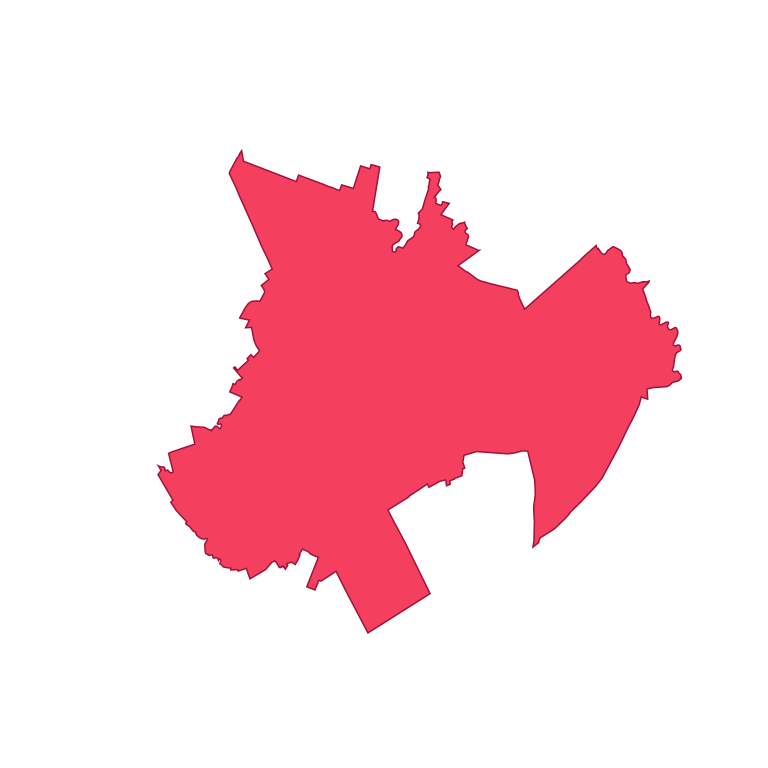 outline of Timisoara, Timis, Romania, rotated 123°
{"feature_id": "2599482B15929975886396", "entity_name": "Timisoara", "entity_type": "district", "adm_level": 2, "iso_a3": "ROU", "parent_name": "Romania", "parent_adm1": "Timis", "projection": "natural_earth1", "projection_center": [21.198, 45.759], "detail": "fine", "context": "isolated", "style": "filled", "palette": "rose", "viewbox_px": 768, "rotation_deg": 123, "n_neighbors": 0, "source": "geoboundaries", "source_scale": "gbopen_adm2", "svg_char_len": 6147}
<svg xmlns="http://www.w3.org/2000/svg" viewBox="0 0 768 768"><g transform="rotate(123 384 384)"><path d="M300.5,614.2L305.4,607.1L323.3,579.4L335.3,561.4L342.4,549.7L348.5,540.4L356.3,543.9L358.9,537.5L368.2,540.6L369.9,536.4L371.0,535.0L372.8,533.8L373.2,533.9L382.2,533.1L383.5,535.8L386.4,539.6L388.3,540.8L390.5,541.6L395.2,541.9L406.7,541.1L407.3,540.8L403.7,531.7L412.2,530.7L408.7,525.9L417.3,517.7L418.7,516.0L421.2,512.5L424.0,506.4L432.8,507.9L431.8,511.6L437.3,512.6L437.8,510.6L452.2,514.2L450.9,518.4L452.5,518.9L455.0,510.5L455.9,507.8L456.0,506.7L455.8,506.7L456.1,505.9L458.6,506.9L459.2,506.8L459.0,507.8L461.4,508.8L465.7,508.7L465.8,510.8L469.6,509.8L474.7,509.1L472.3,496.1L476.7,496.0L476.7,496.4L477.3,496.4L493.3,496.4L494.1,497.6L496.2,499.0L496.8,500.4L497.4,501.0L500.3,501.1L501.0,501.5L501.8,502.7L503.5,503.3L505.4,502.6L507.9,502.3L508.3,501.9L508.2,501.4L506.5,499.2L506.5,498.3L509.0,497.1L510.3,497.0L511.0,497.3L510.4,500.9L510.6,501.5L511.7,502.9L512.1,502.7L514.9,503.2L517.3,503.2L516.8,504.1L517.6,505.6L518.2,511.3L522.3,518.3L524.4,522.9L537.5,509.9L555.6,524.3L559.5,526.9L572.5,512.9L573.9,513.4L574.9,515.5L573.9,518.6L575.9,519.9L575.7,520.5L574.2,521.8L573.5,522.7L573.8,523.8L575.4,527.1L575.6,528.7L577.9,523.9L583.1,524.1L596.4,497.8L599.3,498.4L603.1,489.6L605.0,482.9L606.9,474.3L608.6,474.5L609.2,474.0L609.5,472.4L609.4,469.5L611.2,464.3L611.2,462.8L610.8,461.4L612.7,459.2L613.3,455.9L613.3,453.9L612.9,452.1L612.0,450.4L610.3,448.7L610.1,447.8L611.2,447.3L615.7,447.2L621.6,443.0L623.2,441.4L623.1,437.3L621.2,435.6L620.9,434.8L622.9,432.5L622.7,431.6L621.1,430.5L620.8,429.6L621.1,428.1L622.1,426.7L620.5,426.9L620.2,426.0L620.4,425.3L621.1,424.7L624.2,423.7L624.2,421.6L624.9,419.2L624.0,416.6L621.8,412.1L623.4,411.3L619.6,405.8L620.3,404.4L613.6,399.1L620.4,390.3L604.0,382.2L594.1,380.9L593.1,379.9L592.0,379.7L592.1,377.8L591.9,377.6L594.9,371.9L594.1,370.5L592.9,370.5L592.9,370.2L592.3,370.2L592.3,368.9L591.5,368.9L593.1,365.9L588.6,365.9L587.9,367.7L587.4,367.6L584.0,364.6L583.6,362.4L583.8,360.2L579.3,360.3L576.0,360.8L572.9,361.5L572.9,362.4L566.8,362.4L566.6,360.0L566.0,357.4L565.9,356.1L566.6,353.0L566.0,348.8L565.0,344.7L596.1,338.3L594.3,329.7L584.1,331.7L583.7,329.5L567.2,322.2L577.6,304.5L601.5,261.9L534.7,231.2L506.4,278.4L496.6,296.0L495.2,298.8L487.5,312.1L465.3,301.7L464.7,302.0L444.1,293.1L446.1,290.0L435.1,284.1L431.1,280.3L431.2,279.5L435.3,276.2L432.1,273.9L429.4,276.1L425.3,273.1L424.9,273.5L418.6,268.7L412.4,271.7L410.5,270.5L406.6,275.4L400.2,278.0L390.2,269.5L375.7,243.1L373.0,239.5L370.0,236.2L365.1,232.0L362.7,228.2L362.2,226.7L362.4,226.5L382.2,205.6L387.1,201.9L394.3,196.9L403.6,192.5L406.5,190.9L415.5,184.5L415.6,184.2L416.7,183.4L433.9,172.8L439.6,170.3L433.3,168.1L432.6,168.0L431.6,168.6L428.0,169.3L412.8,162.2L398.9,158.9L392.1,157.9L390.3,157.9L374.7,154.5L354.7,150.8L345.7,150.0L343.4,149.9L308.4,152.9L286.4,155.7L277.2,156.5L262.9,158.6L254.8,161.1L253.1,154.6L245.0,160.7L239.4,155.3L239.4,154.8L231.9,145.1L229.3,143.7L225.3,142.9L221.8,139.3L219.8,138.3L218.2,138.1L217.5,137.5L214.6,140.1L214.3,142.5L213.4,144.1L213.4,144.8L213.8,145.4L216.1,147.7L215.7,149.1L215.1,149.8L211.4,150.8L203.0,154.7L199.7,155.6L198.2,155.5L194.5,153.7L193.4,153.7L190.8,156.5L190.6,157.4L191.3,158.8L192.9,160.1L194.0,161.7L193.6,162.7L191.7,163.5L185.2,164.1L181.2,165.4L179.8,166.4L177.8,169.1L177.9,170.2L178.7,171.0L182.0,172.7L182.9,174.3L182.9,175.1L182.6,175.9L181.4,177.5L180.7,177.9L177.9,178.7L177.5,178.9L177.5,179.9L179.1,181.5L183.3,183.8L183.9,184.3L184.2,185.3L183.2,186.2L179.0,188.2L177.8,189.5L177.6,190.3L177.8,190.8L181.9,193.6L182.8,194.9L182.9,196.4L181.6,197.8L178.4,199.4L173.7,205.4L170.9,209.6L170.5,209.6L163.4,218.8L154.6,217.3L153.2,217.7L155.3,219.3L157.1,222.5L161.5,226.2L162.6,229.3L165.2,232.2L165.9,235.9L165.1,237.2L161.4,240.3L160.4,240.4L157.1,239.1L154.6,239.5L153.9,240.1L151.7,244.2L151.3,245.8L147.7,249.3L146.5,253.8L144.0,256.2L143.4,257.3L143.1,259.3L143.8,266.1L144.2,266.8L149.2,268.7L151.0,269.2L153.8,269.1L155.4,270.1L156.0,271.7L155.8,272.5L155.0,275.1L153.7,277.9L154.5,278.0L154.4,278.3L153.6,280.0L152.3,281.5L167.8,285.8L173.6,287.0L244.7,306.8L238.4,316.9L235.7,320.2L234.2,321.3L232.8,323.3L242.0,349.7L245.0,359.3L245.5,362.8L244.6,374.9L245.1,375.8L244.5,386.4L220.1,377.0L220.5,377.5L221.6,385.2L222.7,390.8L221.2,391.8L218.7,392.0L216.8,392.9L215.3,392.9L214.1,393.5L213.1,395.0L212.9,398.4L211.1,399.6L208.7,398.8L208.0,399.0L207.7,399.7L207.7,400.2L206.1,402.7L204.4,404.6L205.2,405.0L208.2,408.0L212.2,409.5L213.9,409.9L216.3,409.8L216.5,410.7L215.2,413.2L212.6,413.4L211.1,415.5L208.9,415.5L211.0,428.5L197.0,427.7L199.1,433.9L199.4,434.1L201.5,433.3L203.0,433.5L203.7,435.6L204.3,439.1L202.1,439.9L200.6,441.1L199.6,442.5L199.8,443.5L192.5,442.8L190.0,442.2L187.7,447.4L185.3,447.7L181.8,449.2L179.6,449.4L179.1,449.7L176.4,453.2L182.6,461.9L182.7,462.5L184.5,461.0L187.4,460.4L187.5,459.6L187.2,457.3L187.5,456.7L190.4,455.8L192.3,454.7L194.1,454.4L195.2,453.7L195.6,453.0L206.6,450.1L216.6,447.1L222.0,448.3L223.3,446.5L224.2,445.9L227.5,444.3L230.9,443.5L230.5,441.5L230.6,440.4L231.2,439.6L232.4,439.2L235.7,439.4L237.7,440.4L239.8,440.8L240.6,440.7L242.5,439.7L244.3,439.6L245.6,439.9L250.6,442.0L251.6,442.1L255.7,441.7L259.8,442.2L260.6,445.7L261.2,446.8L262.3,447.2L264.0,447.3L264.9,447.0L265.9,446.0L266.9,446.5L267.8,447.4L268.2,448.2L268.0,449.1L265.0,451.6L263.2,452.5L260.4,451.5L256.0,449.3L254.0,449.5L252.3,449.2L250.1,449.4L248.3,451.1L247.7,452.4L247.6,456.3L248.4,458.1L248.2,458.6L247.2,459.0L246.2,458.6L244.7,458.9L242.4,458.8L240.0,460.0L239.3,460.8L239.0,462.4L239.4,463.8L241.0,465.9L244.3,467.7L244.7,468.3L244.7,469.8L244.9,470.3L246.4,472.5L246.9,472.5L247.9,474.3L248.5,478.8L245.3,483.2L244.4,484.9L244.4,485.8L245.4,487.7L204.3,505.7L207.0,514.3L211.2,513.1L213.8,522.4L236.7,516.2L240.0,527.9L244.6,526.9L245.8,526.9L246.2,527.2L247.6,534.7L248.8,539.0L249.6,543.8L255.3,569.4L262.0,567.8L273.7,623.2L265.9,630.4L269.4,630.5L272.7,629.9L274.8,630.3L289.8,629.0L291.7,628.4L300.5,614.2Z" fill="#f43f5e" stroke="#9f1239" stroke-width="1.5"/></g></svg>